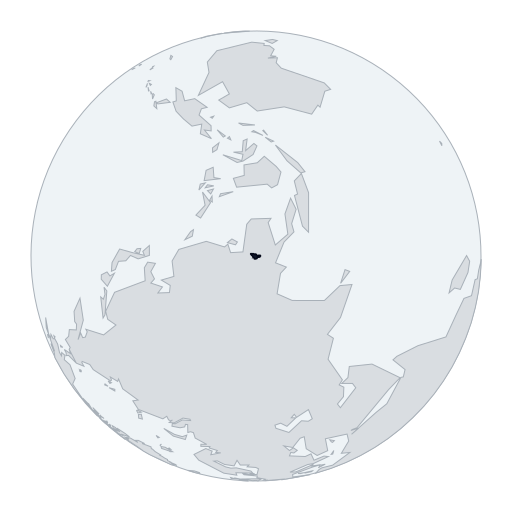 Vientiane on an orthographic globe, rotated 217°
{"feature_id": "LAO-3284", "entity_name": "Vientiane", "entity_type": "Province", "adm_level": 1, "iso_a3": "LAO", "parent_name": "Laos", "parent_adm1": "", "projection": "orthographic", "projection_center": [102.396, 18.611], "detail": "fine", "context": "on_globe", "style": "filled", "palette": "ink", "viewbox_px": 512, "rotation_deg": 217, "n_neighbors": 0, "source": "natural_earth", "source_scale": "10m", "svg_char_len": 11725}
<svg xmlns="http://www.w3.org/2000/svg" viewBox="0 0 512 512"><g transform="rotate(217 256 256)"><circle cx="256" cy="256" r="225" fill="#eef3f6" stroke="#a8b0b8"/><path d="M467.4,329.9L467.0,331.3L466.9,331.6L467.4,329.9ZM355.4,53.8L358.7,57.2L367.1,62.6L359.5,58.7L380.4,72.6L387.0,80.3L375.0,69.2L370.3,66.3L372.6,70.0L368.2,67.9L366.8,68.8L361.4,66.3L354.9,60.7L351.3,59.2L353.1,62.0L348.8,61.7L346.7,57.8L339.1,57.2L326.7,49.3L325.4,43.4L314.1,39.5L302.9,35.7L320.9,40.3L338.4,46.3L355.4,53.8ZM280.4,32.0L279.4,32.0L275.8,31.6L274.9,31.5L280.4,32.0ZM462.9,166.8L462.8,166.7L462.9,166.8ZM374.1,67.4L372.4,65.5L375.5,68.1L374.1,67.4ZM367.6,69.4L369.4,70.7L367.9,70.6L367.6,69.4ZM358.3,66.9L355.3,66.8L357.2,65.9L358.3,66.9ZM352.8,66.0L345.5,66.4L349.1,69.1L335.0,62.3L345.8,63.8L347.6,62.2L349.3,64.4L352.8,66.0ZM286.5,32.8L304.1,35.9L305.3,36.5L299.2,35.1L303.5,36.5L295.5,35.1L291.3,34.1L292.1,33.9L288.4,33.6L286.5,32.8ZM328.4,58.8L325.6,58.3L327.2,57.8L328.4,58.8ZM279.2,32.0L282.7,32.4L284.0,32.8L277.3,32.1L279.0,32.1L279.2,32.0ZM308.6,37.8L308.4,38.2L301.8,37.2L300.8,37.3L295.4,35.2L308.6,37.8ZM276.9,31.9L273.9,31.8L270.0,31.4L275.9,31.7L276.9,31.9ZM287.1,33.2L287.4,33.5L285.1,33.1L287.1,33.2ZM254.4,30.8L258.5,30.8L259.6,30.9L254.4,30.8ZM273.1,31.9L274.4,32.0L275.3,32.2L272.6,32.1L273.1,31.9ZM291.1,34.8L288.4,34.4L293.0,35.5L288.3,35.1L285.5,33.9L284.7,34.3L283.3,34.2L282.6,33.4L291.1,34.8ZM272.4,32.7L267.2,31.7L259.4,31.4L258.3,31.2L271.1,31.8L272.4,32.7ZM278.5,33.1L274.5,32.8L275.1,32.4L278.2,32.5L278.5,33.1ZM286.1,35.4L294.1,36.3L294.4,36.6L286.1,35.4ZM270.0,32.7L271.3,33.0L269.4,32.7L270.0,32.7ZM281.0,34.5L283.8,34.7L284.1,35.0L281.0,34.5ZM271.6,33.6L269.9,33.1L272.0,33.0L271.6,33.6ZM275.8,34.0L275.6,34.4L273.7,33.3L277.0,34.0L275.8,34.0ZM280.8,34.8L281.9,35.0L279.6,34.7L280.8,34.8ZM264.8,34.4L262.0,33.0L266.5,32.7L268.6,34.0L264.8,34.4ZM77.6,118.5L77.1,123.6L75.9,126.5L68.9,135.1L62.8,155.6L69.1,149.8L70.6,164.0L76.1,168.6L90.6,151.8L81.6,143.7L87.1,133.5L99.9,132.3L108.7,140.7L111.1,137.0L111.4,125.2L119.5,121.1L112.2,120.8L110.7,125.3L106.1,125.6L107.2,121.5L110.0,120.0L109.0,116.5L96.0,125.5L93.0,131.1L86.8,127.8L81.3,137.1L77.5,139.4L85.3,124.7L89.2,120.6L98.8,103.8L94.2,107.6L84.8,124.1L85.1,121.8L78.8,128.3L83.8,121.5L95.3,103.6L93.6,101.7L81.1,114.0L101.1,92.4L98.7,95.3L103.9,90.7L113.8,81.8L111.6,84.2L115.0,81.5L114.3,83.3L121.9,79.5L122.5,81.1L133.9,74.1L135.8,74.3L128.4,78.2L123.7,82.2L126.0,87.6L128.9,87.0L136.2,82.3L135.9,84.8L142.7,79.6L148.2,81.4L147.2,75.2L155.7,70.6L163.6,69.1L166.2,66.8L153.3,69.3L148.3,71.5L144.3,74.9L130.6,81.2L128.0,80.7L141.6,70.8L139.4,69.4L151.0,63.2L178.8,58.5L186.1,60.2L180.2,72.0L173.6,73.8L172.5,70.1L165.7,77.6L170.0,74.9L169.8,77.4L177.9,74.5L178.1,76.1L185.5,70.8L186.7,72.5L182.0,75.9L195.0,74.0L199.7,77.3L202.6,76.2L204.2,74.0L209.1,80.2L211.0,79.1L210.1,76.6L213.3,73.1L220.7,69.5L222.0,71.8L219.5,73.4L216.2,80.7L209.2,85.2L210.5,85.9L216.8,82.6L220.9,73.5L225.1,70.8L224.1,74.8L224.7,73.1L227.2,72.5L230.8,74.3L232.4,69.9L257.6,62.7L267.2,66.2L263.5,70.0L282.5,69.7L291.8,75.1L291.0,72.6L299.5,71.7L296.7,69.9L297.0,68.7L317.6,67.3L323.5,69.3L331.4,67.2L331.0,66.1L327.1,64.4L335.0,62.3L349.1,69.1L349.3,71.1L358.0,74.6L357.3,79.1L360.8,84.9L355.0,88.8L358.3,93.6L361.3,94.5L368.0,102.3L371.2,116.4L355.3,100.8L347.8,82.1L349.7,89.0L345.3,86.5L343.5,88.5L345.2,93.9L347.8,95.1L330.2,101.3L326.3,116.6L336.3,116.2L342.8,121.4L347.1,141.9L329.6,169.5L338.1,179.4L338.8,185.9L331.9,189.6L330.6,180.2L323.3,176.6L323.7,171.1L312.1,175.0L312.1,167.4L303.1,174.7L306.8,180.9L317.1,179.8L309.3,190.3L320.0,201.5L321.6,214.8L304.5,237.8L286.6,244.3L285.6,248.5L278.3,243.4L268.9,251.4L282.5,275.8L282.1,282.7L266.7,295.1L266.4,290.0L247.2,276.4L243.7,292.6L258.2,307.0L263.2,323.0L252.1,317.5L247.0,303.3L240.2,298.1L242.0,284.0L236.3,262.3L225.1,265.4L226.0,256.9L216.4,238.5L200.3,242.3L174.6,261.6L171.1,282.9L162.2,291.0L151.5,257.7L151.8,236.4L144.7,236.9L136.3,216.9L112.5,209.1L112.0,203.1L106.9,204.1L101.5,196.3L101.9,186.8L97.3,185.6L97.0,210.8L102.3,212.3L110.8,205.8L109.4,214.2L115.0,223.9L98.3,239.5L67.7,245.5L69.7,229.1L72.0,179.6L74.7,175.4L74.9,174.8L75.2,173.8L70.4,180.3L72.4,171.1L65.9,203.6L62.6,216.7L67.2,246.3L65.6,248.1L68.6,255.0L84.1,255.5L83.1,260.7L72.7,281.8L55.6,305.7L60.7,329.1L64.4,347.3L60.0,354.0L66.8,369.0L65.5,371.0L69.7,378.9L72.3,385.1L74.2,389.0L74.0,388.8L65.0,375.4L56.9,361.5L49.9,347.0L43.9,332.1L39.1,316.7L35.3,301.1L32.6,285.2L31.1,269.1L30.7,253.0L31.5,237.0L33.5,221.0L36.5,205.2L40.7,189.6L46.0,174.4L52.4,159.6L59.8,145.3L68.2,131.6L77.6,118.5ZM113.1,159.9L121.7,164.9L126.5,151.6L130.2,152.6L130.5,148.0L126.8,150.7L128.8,138.6L135.7,137.3L139.1,132.3L136.4,130.4L123.5,134.9L120.5,151.8L114.8,155.5L113.1,159.9ZM135.0,66.8L131.8,69.1L127.8,71.5L127.2,71.3L132.9,67.6L135.0,66.8ZM128.3,72.1L142.0,63.4L143.0,63.8L140.1,64.9L139.3,66.0L134.5,68.3L122.0,78.0L117.7,80.9L118.9,77.7L120.8,76.9L123.8,74.3L128.3,72.1ZM175.5,46.0L181.4,43.8L175.8,47.3L170.8,49.0L169.9,48.4L175.1,46.0L175.5,46.0ZM270.7,31.2L271.0,31.3L268.0,31.2L265.0,31.1L265.6,31.0L261.2,31.0L259.8,30.8L256.3,30.8L249.9,30.8L270.7,31.2ZM221.2,33.4L224.0,33.0L225.8,32.8L226.8,32.6L222.9,33.2L229.7,32.3L229.8,32.5L237.6,32.3L247.4,31.7L250.5,31.9L246.7,32.2L252.5,32.3L247.5,33.2L249.6,33.5L246.7,35.0L238.2,36.0L241.2,36.3L239.1,37.9L232.1,39.2L234.1,37.7L225.0,40.4L223.6,39.1L222.6,39.5L218.8,39.1L212.5,39.7L212.8,39.0L210.2,39.5L207.6,39.6L204.2,40.2L203.6,39.4L199.3,40.2L201.5,39.4L194.3,41.2L199.4,39.5L196.6,39.9L193.1,41.3L197.7,38.4L221.2,33.4ZM263.7,34.8L253.8,35.5L248.2,35.4L255.5,32.9L254.3,32.5L258.8,31.5L266.9,32.0L264.8,32.1L264.7,32.4L262.2,32.1L264.2,32.6L261.4,33.0L262.2,33.6L258.8,33.6L263.7,34.8ZM78.8,124.4L78.6,125.8L79.3,127.0L75.4,131.4L78.8,124.4ZM86.3,112.1L86.8,112.3L81.6,118.5L81.8,117.3L86.3,112.1ZM91.5,107.6L87.2,111.9L89.6,108.9L91.5,107.6ZM129.4,78.4L130.4,78.8L128.8,80.0L126.1,81.3L129.4,78.4ZM204.8,49.5L206.8,48.0L208.2,48.0L215.6,45.5L217.2,46.7L213.4,48.6L204.8,49.5ZM86.5,153.6L82.3,155.7L82.7,153.2L84.0,152.9L86.5,153.6ZM76.6,142.8L76.8,147.5L75.5,144.0L76.6,142.8ZM207.8,50.3L210.6,49.1L209.7,50.5L207.8,50.3ZM218.8,47.5L218.4,48.9L218.3,46.6L218.8,47.5ZM173.9,455.9L178.6,458.2L175.4,457.7L173.9,455.9ZM84.9,354.9L88.1,383.1L82.2,380.4L76.8,370.4L72.7,352.3L78.1,350.0L79.6,342.7L84.9,354.9ZM319.4,359.4L326.0,360.2L325.7,361.1L319.4,359.4ZM312.5,356.2L320.1,356.4L311.1,358.3L312.5,356.2ZM323.0,356.5L330.8,354.4L334.1,352.7L333.5,354.7L323.0,356.5ZM307.3,356.3L278.9,355.7L267.6,352.8L270.3,349.3L288.6,350.7L307.3,356.3ZM269.4,349.2L252.1,338.2L228.3,306.6L236.8,307.8L261.7,327.5L260.1,330.5L270.6,339.0L269.4,349.2ZM311.1,331.2L309.4,340.6L293.8,339.7L286.6,338.1L281.7,325.9L284.5,319.8L290.3,320.1L312.9,299.3L320.8,304.4L313.9,313.3L320.4,321.5L311.1,331.2ZM172.0,285.1L176.7,298.7L171.9,300.1L172.0,285.1ZM321.8,284.4L312.9,293.7L321.0,281.3L321.8,284.4ZM326.6,272.6L327.2,277.4L323.4,272.8L326.6,272.6ZM285.5,255.1L279.3,256.0L279.1,252.6L286.9,249.5L285.5,255.1ZM322.6,226.2L322.9,236.1L321.8,239.4L318.8,233.5L322.6,226.2ZM225.9,62.8L213.7,64.5L206.1,67.4L203.5,71.3L202.0,66.9L213.7,62.4L225.9,62.8ZM253.6,62.3L255.8,59.5L258.3,60.7L258.1,61.5L253.6,62.3ZM252.4,60.6L248.6,57.4L252.1,55.9L254.5,58.6L252.4,60.6ZM227.8,52.6L224.1,52.9L224.9,51.7L227.8,52.6ZM415.6,414.8L409.3,421.1L401.6,427.9L396.4,431.7L415.6,414.8ZM368.7,440.8L371.0,435.5L378.3,433.6L373.1,438.9L368.7,440.8ZM417.2,413.4L420.8,409.5L426.5,403.0L431.2,396.5L427.5,401.9L428.6,400.8L417.2,413.4ZM348.9,421.2L305.7,435.3L296.7,434.0L300.2,429.0L294.4,413.4L297.4,413.7L296.9,402.8L323.2,392.1L342.3,372.5L355.6,372.9L366.4,358.3L379.6,358.1L374.8,369.4L387.6,375.1L398.7,349.6L404.0,374.3L411.6,381.6L410.8,396.4L388.1,424.2L377.4,430.7L376.4,428.9L371.7,432.0L365.9,432.0L364.8,424.7L360.0,427.7L365.6,421.2L358.2,427.2L356.2,422.5L348.9,421.2ZM442.2,361.5L443.4,361.6L444.7,365.0L442.7,365.1L442.2,361.5ZM463.9,337.2L463.9,338.9L462.7,340.3L463.9,337.2ZM466.9,331.6L465.6,333.6L467.4,329.9L466.9,331.6ZM452.1,343.9L452.5,345.2L451.9,346.0L452.1,343.9ZM451.6,343.6L452.8,340.7L452.3,343.3L451.6,343.6ZM446.3,332.1L447.3,330.5L447.6,331.4L446.3,332.1ZM335.7,360.0L345.0,352.5L350.0,351.7L335.7,360.0ZM445.1,329.7L442.8,330.1L443.1,328.6L445.1,329.7ZM445.5,326.3L445.4,324.4L446.6,328.6L445.5,326.3ZM441.2,323.1L443.9,325.9L440.8,323.6L441.2,323.1ZM439.3,324.1L437.2,323.0L437.4,322.4L439.3,324.1ZM413.0,331.9L421.3,342.2L414.2,343.1L406.4,337.0L399.6,344.8L384.5,345.3L388.2,340.7L386.3,334.3L370.3,333.0L367.1,328.9L373.0,325.6L362.2,322.9L374.0,320.1L378.7,328.7L385.3,321.2L396.4,321.8L406.9,323.5L415.1,329.0L413.0,331.9ZM373.8,339.7L375.8,339.5L373.9,342.3L373.8,339.7ZM433.1,319.1L436.2,322.7L435.8,323.8L434.2,323.5L433.1,319.1ZM417.0,327.1L425.9,318.4L427.9,318.2L422.0,327.5L417.0,327.1ZM423.9,314.0L427.9,314.4L429.9,318.1L429.1,319.4L423.9,314.0ZM349.7,332.9L349.1,335.4L346.0,333.6L349.7,332.9ZM353.7,331.3L363.0,333.4L352.8,333.4L353.7,331.3ZM324.8,323.6L327.6,329.4L336.5,325.4L329.7,331.0L335.6,340.4L333.5,344.1L327.7,333.9L325.4,344.6L321.5,344.5L319.4,335.3L323.5,324.0L327.4,319.3L343.4,316.9L324.8,323.6ZM353.7,324.1L351.2,317.4L353.0,312.7L355.8,316.2L353.7,324.1ZM343.6,301.1L336.8,293.3L330.7,296.5L342.8,285.0L347.4,294.4L343.6,301.1ZM337.6,283.7L331.9,286.6L337.6,279.9L337.6,283.7ZM330.3,283.9L329.5,278.3L334.1,279.0L330.3,283.9ZM340.5,283.9L341.3,274.3L343.8,279.9L340.5,283.9ZM327.2,265.9L337.2,274.9L324.4,271.2L323.1,253.0L328.6,252.5L327.2,265.9ZM352.6,192.7L350.8,187.7L355.5,186.5L355.4,190.2L352.6,192.7ZM369.1,179.5L356.1,184.6L345.5,189.4L349.2,191.6L347.5,200.2L341.5,192.3L348.4,182.8L356.6,180.9L357.1,173.8L362.6,169.0L360.2,160.5L362.3,156.8L367.0,164.1L369.1,179.5ZM358.7,157.0L356.5,142.4L365.6,144.3L368.2,147.9L365.4,153.6L360.7,152.2L358.7,157.0ZM358.6,139.6L354.1,138.3L341.2,118.1L340.8,114.4L355.4,129.9L351.9,129.6L353.5,134.5L358.6,139.6ZM326.9,59.5L325.8,58.4L328.2,59.4L326.9,59.5ZM295.2,67.8L296.0,66.3L298.9,67.2L295.2,67.8ZM299.6,63.0L295.8,62.9L299.3,62.0L299.6,63.0ZM287.5,63.2L294.1,62.4L288.5,64.6L287.5,63.2Z" fill="#d9dde1" stroke="#a8b0b8" stroke-width="1"/><path d="M254.7,257.6L254.2,258.3L253.9,258.2L253.7,258.1L253.6,258.4L253.5,258.7L253.2,258.8L253.0,259.0L252.9,258.9L252.9,259.0L252.9,258.9L252.7,258.9L252.4,258.8L252.4,258.7L252.4,258.3L252.4,258.1L252.3,257.9L252.3,257.7L252.5,257.4L252.6,257.2L252.8,257.2L252.9,256.9L253.0,256.9L253.1,256.7L253.3,256.5L253.5,256.5L253.6,256.4L253.6,256.2L253.8,256.0L253.8,255.9L253.9,255.7L254.0,255.4L254.0,255.2L253.8,255.0L253.8,254.9L253.8,254.7L253.8,254.4L253.9,254.2L254.0,254.1L254.4,253.9L254.5,253.6L254.6,253.4L254.8,253.3L254.8,253.2L255.0,252.9L255.3,252.9L255.4,253.0L255.6,253.0L255.8,253.0L255.9,252.9L256.0,253.0L256.3,253.2L256.4,253.3L256.5,253.5L256.9,253.5L257.1,253.4L257.3,253.2L257.3,253.3L257.5,253.4L257.7,253.6L257.8,253.6L258.0,253.7L258.4,253.7L258.5,253.8L258.9,253.9L259.2,254.0L259.3,254.0L259.4,253.9L259.5,253.9L259.8,254.0L259.9,253.9L260.0,253.9L260.3,254.0L260.5,254.1L260.9,254.2L261.1,254.3L261.3,254.3L261.5,254.4L261.6,254.7L261.5,254.9L261.4,255.0L261.2,255.1L260.9,255.0L260.7,254.9L260.4,254.7L260.2,254.7L260.0,254.8L260.1,255.1L260.1,255.3L260.1,255.5L260.1,255.8L260.0,256.0L259.9,256.1L259.6,256.2L259.3,256.3L258.9,256.3L258.6,256.4L257.8,256.3L257.6,256.4L257.7,256.7L257.8,256.8L257.9,257.1L257.7,257.2L257.4,257.2L257.3,257.3L257.2,257.3L256.8,257.5L256.7,257.5L256.5,257.4L256.4,257.3L256.3,257.2L256.2,257.2L255.9,257.2L255.6,257.1L255.4,256.9L255.3,256.7L255.2,256.7L255.0,256.8L254.9,256.8L254.7,256.8L254.7,257.0L254.7,257.4L254.7,257.6L254.7,257.6Z" fill="#0f172a" stroke="#020617" stroke-width="1.5"/></g></svg>